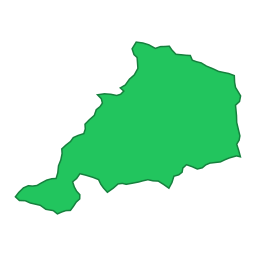 Alto Caparaó, Minas Gerais, Brazil
{"feature_id": "56859067B94764678616767", "entity_name": "Alto Caparaó", "entity_type": "district", "adm_level": 2, "iso_a3": "BRA", "parent_name": "Brazil", "parent_adm1": "Minas Gerais", "projection": "albers", "projection_center": [-41.878, -20.458], "detail": "fine", "context": "isolated", "style": "filled", "palette": "green", "viewbox_px": 256, "rotation_deg": 0, "n_neighbors": 0, "source": "geoboundaries", "source_scale": "gbopen_adm2", "svg_char_len": 1602}
<svg xmlns="http://www.w3.org/2000/svg" viewBox="0 0 256 256"><path d="M186.3,55.3L181.5,54.8L175.9,54.3L171.8,49.9L169.3,46.2L165.0,46.5L160.5,46.6L155.3,48.4L148.8,44.8L142.9,43.0L136.2,42.1L132.1,48.8L134.0,54.6L137.1,57.5L137.5,62.7L137.9,68.4L134.3,74.9L129.5,79.1L125.3,85.0L120.3,87.9L123.8,91.1L120.6,94.3L116.7,95.5L110.9,94.3L104.4,93.8L97.5,94.8L101.3,98.7L102.4,103.1L100.1,106.6L96.3,109.6L94.3,115.4L89.4,119.7L85.0,124.2L85.3,129.0L83.8,133.6L78.0,135.5L73.3,137.6L70.5,141.5L65.8,145.2L61.8,148.9L62.1,153.6L60.8,160.0L58.5,165.8L57.8,172.8L56.1,178.5L51.9,178.7L46.7,180.1L40.7,183.3L37.0,185.5L32.4,186.1L28.4,185.7L23.4,187.9L18.8,192.4L15.4,196.8L19.4,200.5L25.2,200.7L30.3,203.0L35.1,204.1L40.3,205.3L45.8,209.3L53.3,210.6L57.4,213.9L61.7,212.0L65.8,210.6L70.4,210.4L73.3,206.5L76.2,202.1L79.7,198.9L79.8,194.7L76.6,191.2L74.3,187.0L72.6,181.8L76.6,178.5L79.9,173.7L85.9,175.2L93.1,177.4L98.6,179.6L100.8,184.2L103.5,188.0L107.4,192.3L113.2,188.2L118.1,183.9L122.4,183.4L126.2,184.3L131.8,183.3L138.6,182.0L142.9,180.8L147.9,179.7L152.9,180.8L158.3,181.1L163.7,184.5L168.9,188.2L171.9,182.6L173.9,176.2L178.8,174.8L182.1,172.2L182.8,168.1L186.5,164.7L192.2,166.7L197.3,169.0L202.3,167.8L205.7,164.9L209.9,163.1L220.4,161.9L225.0,159.7L229.4,157.9L236.5,155.9L240.4,156.8L238.7,150.5L236.7,144.2L239.1,140.2L239.9,135.9L236.7,122.5L236.5,115.7L235.5,105.2L239.5,101.5L240.6,95.9L235.5,87.4L234.6,82.3L234.3,75.6L228.7,73.5L224.2,72.6L218.5,71.4L213.7,69.1L206.4,66.1L201.2,62.9L196.4,61.7L192.3,60.2L190.3,55.5L186.3,55.3Z" fill="#22c55e" stroke="#15803d" stroke-width="1.5"/></svg>